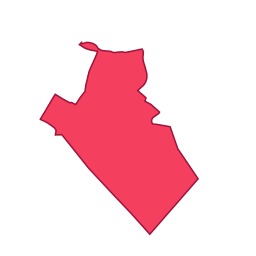 outline of Azaal, Amanat Al Asimah, Yemen, rotated 50°
{"feature_id": "15242507B23052795902995", "entity_name": "Azaal", "entity_type": "district", "adm_level": 2, "iso_a3": "YEM", "parent_name": "Yemen", "parent_adm1": "Amanat Al Asimah", "projection": "robinson", "projection_center": [44.226, 15.356], "detail": "fine", "context": "isolated", "style": "filled", "palette": "rose", "viewbox_px": 256, "rotation_deg": 50, "n_neighbors": 0, "source": "geoboundaries", "source_scale": "gbopen_adm2", "svg_char_len": 2784}
<svg xmlns="http://www.w3.org/2000/svg" viewBox="0 0 256 256"><g transform="rotate(50 128 128)"><path d="M63.3,126.4L64.2,127.5L65.1,128.7L65.3,129.0L65.6,129.4L67.6,132.2L69.1,133.9L69.7,134.5L70.9,135.9L71.4,136.4L72.4,137.4L72.5,138.5L72.8,139.8L73.2,141.4L73.2,141.9L73.3,142.2L74.3,146.4L74.5,146.9L75.1,148.8L75.4,149.8L75.8,151.0L75.9,151.6L76.2,153.2L74.6,153.8L74.2,154.0L72.1,154.9L71.8,155.4L71.5,156.2L71.0,156.4L69.1,157.2L66.7,158.2L63.8,159.3L60.5,160.4L58.8,160.9L57.8,161.3L55.4,162.1L56.0,164.1L56.8,166.4L56.9,166.7L57.5,168.4L58.0,169.8L58.3,170.5L58.5,171.2L58.7,171.6L59.1,172.9L59.7,174.6L60.1,175.7L60.2,176.1L61.5,179.5L61.9,180.7L62.5,182.5L62.6,182.9L63.3,185.0L63.5,185.6L63.7,186.0L64.2,187.5L64.7,189.0L65.0,189.6L65.6,189.4L68.2,188.1L69.1,187.7L71.6,186.6L72.3,186.4L72.9,186.2L74.5,185.8L74.8,185.7L76.3,185.3L76.7,185.2L77.6,184.9L78.0,184.9L80.7,184.2L82.6,184.5L83.5,184.6L83.8,184.7L84.0,185.1L84.9,186.1L85.8,187.2L86.7,188.1L87.1,187.5L87.7,186.6L88.0,186.3L88.6,185.7L89.2,184.9L89.7,184.4L90.1,183.5L90.5,183.0L108.4,183.4L112.8,183.5L133.6,184.0L169.9,182.1L195.5,180.5L223.4,179.6L219.4,154.3L212.0,107.0L199.9,105.7L175.8,103.2L154.1,94.9L142.8,104.4L142.6,104.6L141.8,105.8L140.7,106.3L139.9,106.5L137.9,105.5L136.9,104.5L136.0,102.2L136.6,95.8L136.6,94.9L136.1,93.6L124.5,95.3L118.4,97.8L116.4,94.8L105.5,96.5L105.4,92.6L105.4,91.8L105.3,91.1L105.3,89.3L105.3,88.7L104.8,87.1L104.5,86.0L104.1,84.8L103.6,84.1L103.0,83.0L102.0,81.6L101.8,81.4L100.5,80.3L100.3,80.1L99.4,79.3L99.0,79.0L92.7,75.9L87.9,73.9L86.2,73.0L85.1,72.3L84.8,72.1L84.4,71.9L83.6,71.3L83.0,70.7L82.3,69.9L81.9,69.6L81.3,68.9L79.9,67.6L79.4,67.4L78.8,67.1L78.0,66.7L77.1,66.5L76.7,66.4L76.5,66.6L75.3,68.7L74.9,69.4L74.5,70.4L74.3,70.7L71.9,75.2L71.6,75.7L69.8,78.9L69.3,79.9L68.9,80.6L68.6,81.1L68.3,81.6L67.0,82.6L66.5,83.0L66.1,83.4L65.7,83.8L65.4,84.2L65.0,84.7L64.6,85.3L63.5,86.8L63.0,87.6L62.9,87.8L62.1,89.0L61.8,89.5L60.9,90.4L60.6,90.8L60.2,91.0L58.2,92.0L57.6,92.5L57.4,92.7L55.0,95.2L54.7,95.4L53.7,96.5L53.4,96.7L53.2,97.0L52.8,97.3L52.0,97.9L50.5,99.0L50.0,99.0L48.7,99.5L48.3,99.5L47.7,99.8L46.7,99.6L45.0,99.4L44.6,99.4L44.2,99.4L42.5,99.9L42.0,100.1L41.4,100.3L41.0,100.4L40.7,100.6L39.5,101.4L39.0,101.8L38.7,102.0L37.1,103.2L37.0,103.5L35.9,104.5L35.7,105.0L34.6,107.5L34.1,108.5L34.0,109.0L33.1,108.9L32.6,108.6L32.6,109.1L32.7,109.4L32.7,109.7L32.9,111.7L33.8,111.4L35.5,110.8L37.0,110.4L39.6,109.5L40.0,109.2L40.4,109.0L41.4,108.4L43.0,107.4L43.7,107.0L44.4,106.4L46.6,104.6L48.1,103.4L49.6,102.0L50.4,103.1L51.5,104.9L53.6,109.0L54.3,110.4L54.5,110.9L55.2,112.3L55.6,113.2L56.6,115.3L57.3,116.8L57.6,117.3L58.4,119.0L59.0,120.1L59.3,120.8L60.2,122.2L61.0,123.2L61.7,124.2L63.3,126.4Z" fill="#f43f5e" stroke="#9f1239" stroke-width="1.5"/></g></svg>